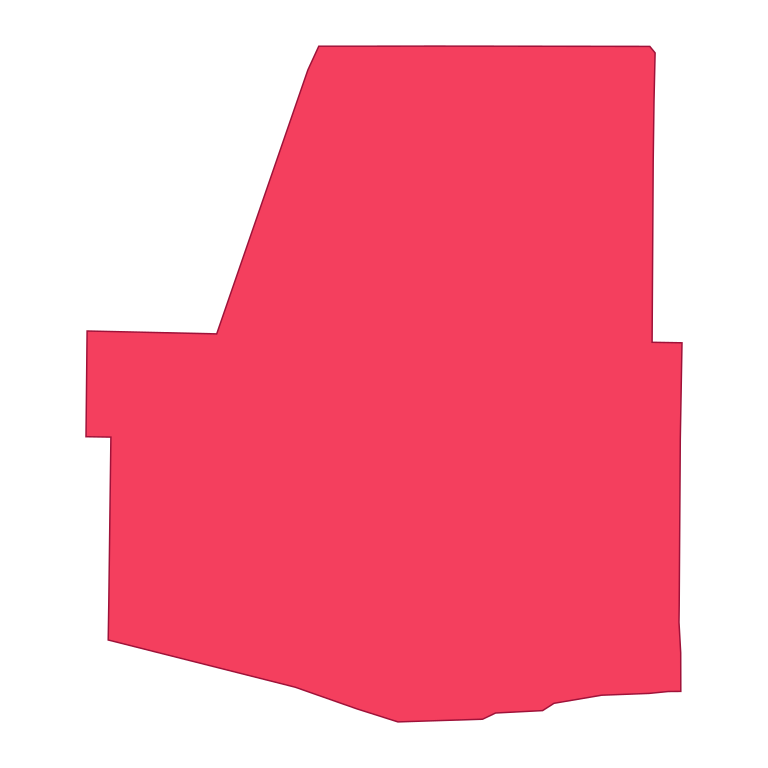 the district of Paulding, Georgia, United States of America
{"feature_id": "52423323B85895559064140", "entity_name": "Paulding", "entity_type": "district", "adm_level": 2, "iso_a3": "USA", "parent_name": "United States of America", "parent_adm1": "Georgia", "projection": "albers", "projection_center": [-84.846, 33.929], "detail": "fine", "context": "isolated", "style": "filled", "palette": "rose", "viewbox_px": 768, "rotation_deg": 0, "n_neighbors": 0, "source": "geoboundaries", "source_scale": "gbopen_adm2", "svg_char_len": 508}
<svg xmlns="http://www.w3.org/2000/svg" viewBox="0 0 768 768"><path d="M108.2,640.0L295.2,687.2L356.7,708.8L397.9,721.9L482.6,719.2L495.6,713.0L542.6,710.6L554.0,703.3L601.6,695.2L649.2,693.4L668.3,691.5L680.8,691.4L680.7,652.8L679.0,622.3L679.2,605.9L680.3,438.9L682.0,342.8L652.1,342.3L653.2,161.5L654.0,101.3L655.1,52.9L649.8,46.4L434.6,46.1L365.9,46.2L318.8,46.2L307.9,69.9L216.7,333.9L87.1,331.0L86.0,436.7L110.9,437.1L108.8,602.4L108.2,640.0Z" fill="#f43f5e" stroke="#9f1239" stroke-width="1.5"/></svg>